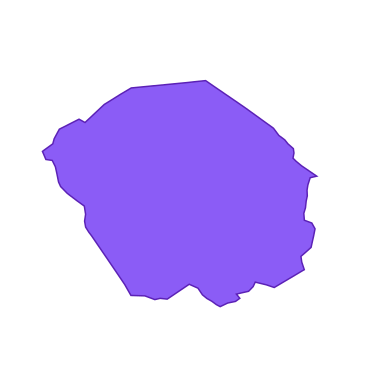 the district of Lagoa dos Gatos, Pernambuco, Brazil, rotated 54°
{"feature_id": "56859067B58434745416695", "entity_name": "Lagoa dos Gatos", "entity_type": "district", "adm_level": 2, "iso_a3": "BRA", "parent_name": "Brazil", "parent_adm1": "Pernambuco", "projection": "albers", "projection_center": [-35.881, -8.68], "detail": "fine", "context": "isolated", "style": "filled", "palette": "violet", "viewbox_px": 384, "rotation_deg": 54, "n_neighbors": 0, "source": "geoboundaries", "source_scale": "gbopen_adm2", "svg_char_len": 1113}
<svg xmlns="http://www.w3.org/2000/svg" viewBox="0 0 384 384"><g transform="rotate(54 192 192)"><path d="M252.5,81.8L235.1,88.0L228.4,89.7L224.0,90.4L220.4,86.6L216.5,84.5L209.3,86.1L204.3,86.3L197.3,88.5L188.3,88.6L153.9,99.9L118.2,112.6L109.9,115.5L104.2,125.3L101.2,130.6L72.1,180.0L71.0,191.7L69.6,211.5L72.9,237.7L66.7,240.6L63.2,262.4L67.9,272.2L71.2,276.3L71.2,282.7L71.2,289.1L79.8,291.1L84.3,286.5L91.3,287.7L97.7,290.5L105.5,294.1L110.4,295.1L119.9,293.7L131.2,290.3L140.1,287.4L147.5,291.2L152.4,296.0L157.9,298.7L164.0,299.1L168.4,299.0L199.4,299.9L227.2,300.8L239.8,302.2L248.3,291.2L257.2,285.3L259.3,280.3L264.1,275.0L265.0,248.5L273.3,243.7L281.3,244.0L287.0,242.5L292.0,240.2L297.4,238.5L301.3,236.6L302.8,228.4L306.1,221.1L306.1,215.8L300.7,216.1L302.4,212.0L305.6,204.6L304.5,198.2L302.1,193.8L310.8,186.4L317.6,181.6L320.8,146.8L313.2,144.4L308.1,141.7L307.5,134.8L306.8,128.2L302.7,123.6L299.2,119.6L294.1,114.1L287.5,113.3L280.9,117.7L275.0,114.1L271.5,109.5L266.5,105.0L262.9,101.0L258.2,97.9L254.4,94.1L249.9,88.0L252.5,81.8Z" fill="#8b5cf6" stroke="#5b21b6" stroke-width="1.5"/></g></svg>